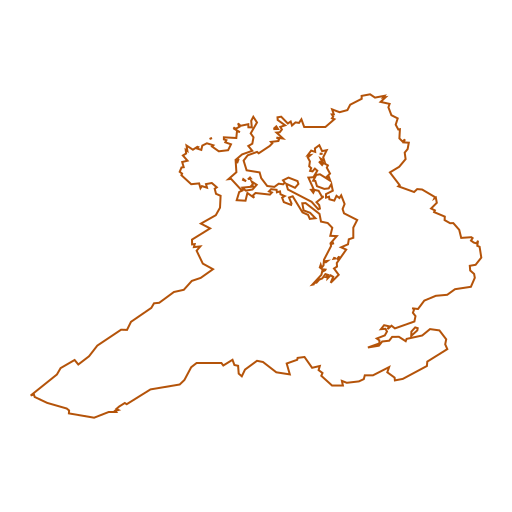 Milford Lea-3, Donegal, Ireland (Equal Earth projection)
{"feature_id": "5873133B66186119395880", "entity_name": "Milford Lea-3", "entity_type": "district", "adm_level": 2, "iso_a3": "IRL", "parent_name": "Ireland", "parent_adm1": "Donegal", "projection": "equal_earth", "projection_center": [-7.731, 55.125], "detail": "fine", "context": "isolated", "style": "outline", "palette": "amber", "viewbox_px": 512, "rotation_deg": 0, "n_neighbors": 0, "source": "geoboundaries", "source_scale": "gbopen_adm2", "svg_char_len": 6120}
<svg xmlns="http://www.w3.org/2000/svg" viewBox="0 0 512 512"><path d="M30.7,395.5L33.9,394.5L34.7,397.0L47.2,402.9L66.7,408.5L69.1,410.5L68.9,413.4L94.1,417.7L108.7,412.0L116.1,412.0L115.2,410.9L118.4,410.0L116.3,409.0L119.2,406.5L124.8,403.0L126.7,404.2L150.5,389.4L179.7,384.5L184.4,380.0L191.2,367.2L196.6,363.0L221.4,363.0L223.3,365.5L232.5,359.8L234.4,365.0L238.1,365.8L238.7,373.6L241.8,376.3L245.0,369.6L257.0,360.8L263.0,362.0L276.3,372.3L289.8,374.4L286.7,363.5L297.2,359.8L297.6,357.9L304.5,357.0L312.1,367.8L319.8,366.0L318.6,370.1L322.5,373.0L321.3,375.8L332.0,385.5L342.9,385.5L341.9,380.9L346.8,382.8L358.9,381.4L363.8,379.1L364.8,375.3L373.0,375.3L389.1,367.1L387.3,372.3L394.6,377.6L394.9,380.4L402.8,378.9L426.9,366.0L427.3,361.6L447.3,349.1L445.2,344.3L446.2,339.3L439.4,330.4L430.0,329.1L422.2,335.5L406.6,338.9L405.7,341.2L398.9,336.8L392.1,336.9L389.2,340.7L382.2,341.5L378.9,345.7L367.9,347.5L379.4,343.4L379.4,340.4L376.8,338.5L384.8,335.4L387.0,331.5L385.4,328.8L380.9,329.2L384.1,325.2L389.0,326.3L387.6,329.1L391.5,325.7L394.9,328.4L414.4,321.5L415.5,316.1L412.9,312.8L414.3,308.9L412.1,308.3L418.0,309.0L424.3,300.6L435.8,295.8L447.2,294.8L455.0,289.2L470.9,286.8L474.8,277.8L474.1,273.9L470.2,270.5L469.8,265.8L475.6,264.8L481.3,257.6L479.6,246.8L477.3,245.8L478.0,240.7L476.6,243.4L473.8,242.6L471.0,240.6L472.6,238.1L471.3,237.2L461.2,237.9L459.2,229.8L453.3,223.1L450.1,223.2L444.6,220.1L444.8,216.6L434.1,212.1L434.9,210.4L431.1,208.5L436.8,202.8L435.8,197.5L434.4,198.4L435.0,197.1L422.1,189.5L417.2,189.1L414.1,192.0L398.3,186.3L399.7,185.2L389.9,172.4L399.2,166.8L405.6,159.1L404.7,152.6L407.6,149.1L408.8,142.7L403.7,142.4L404.9,139.4L402.6,141.6L399.4,138.4L399.9,129.2L398.3,129.5L395.7,124.7L397.7,118.4L391.4,115.2L388.4,107.3L389.6,103.9L380.6,101.9L385.6,97.2L383.1,97.5L384.5,95.8L375.0,97.6L370.1,94.3L361.6,95.9L361.7,98.8L350.2,104.7L347.4,110.1L339.6,112.2L332.1,109.4L333.8,114.3L331.8,114.4L333.2,116.6L332.0,118.3L334.4,119.2L325.4,127.0L304.2,127.0L301.4,119.3L299.0,122.9L295.5,122.4L292.0,125.5L290.7,121.5L287.8,123.5L281.2,116.7L277.5,117.3L277.7,120.0L285.1,125.3L280.3,126.9L281.9,129.5L279.7,132.3L276.5,132.6L283.0,138.5L276.5,137.6L279.1,139.1L278.4,141.0L271.0,141.9L272.3,143.3L269.7,146.0L258.7,153.3L257.1,151.9L247.7,155.3L243.6,160.6L246.6,170.3L259.6,172.4L261.2,178.1L267.2,186.0L274.4,186.9L278.7,183.7L283.2,184.3L284.8,182.7L283.0,180.3L288.5,177.6L297.5,181.1L298.4,183.9L295.0,187.8L286.3,183.8L287.9,189.5L311.6,201.8L318.3,209.3L319.9,208.6L319.2,205.1L316.5,202.2L323.6,196.5L322.0,196.8L318.6,190.8L314.6,189.9L313.3,192.7L311.1,189.8L313.8,189.5L308.4,177.6L313.4,177.2L317.3,170.7L314.9,168.6L312.5,171.4L310.1,170.9L311.2,168.1L309.2,166.3L309.9,161.4L307.8,157.5L310.5,155.1L307.5,155.5L311.2,150.6L315.2,151.9L314.9,148.4L319.3,145.2L322.1,151.1L326.7,150.2L323.2,157.3L324.4,161.0L320.6,158.6L322.2,162.2L327.9,165.4L326.8,167.7L330.0,173.6L326.0,177.5L328.8,176.7L330.3,180.8L320.0,174.3L316.3,174.9L313.2,180.7L315.3,180.9L317.0,186.2L324.3,188.9L328.7,188.4L331.4,184.1L332.8,190.7L326.0,194.1L326.0,197.6L329.0,196.7L329.4,199.3L334.3,200.6L336.5,195.8L339.4,198.0L341.2,195.3L344.6,204.0L342.6,209.0L344.0,213.3L357.2,220.0L353.3,227.6L353.3,237.8L348.8,239.3L348.0,244.3L341.1,247.3L346.2,249.6L336.8,263.0L337.0,266.6L334.0,268.5L338.7,274.8L330.7,282.8L333.2,276.8L330.6,275.3L327.5,278.5L327.8,275.6L327.4,277.0L326.1,277.0L328.0,274.9L325.4,274.1L322.3,278.4L319.3,279.6L316.5,282.7L314.2,282.9L313.7,284.4L312.3,284.7L321.4,274.8L322.6,269.5L319.8,267.4L320.7,264.8L321.6,267.8L323.5,265.4L324.0,259.7L331.1,246.0L330.5,243.3L336.8,236.1L330.3,235.8L332.3,227.8L327.7,223.0L321.0,221.6L319.5,213.9L305.6,203.1L302.3,203.3L303.6,210.4L310.1,212.8L315.4,218.2L309.8,218.9L308.1,214.9L302.5,212.4L292.7,196.3L289.0,197.5L291.5,203.5L291.1,204.9L283.8,202.1L282.1,197.6L284.7,196.1L280.5,194.3L280.0,191.4L276.9,192.3L276.6,189.8L271.1,189.2L269.0,191.4L271.9,192.5L269.9,194.6L255.5,193.0L252.9,195.5L254.1,197.8L247.4,193.0L245.5,200.7L236.7,200.2L239.2,192.0L242.0,190.7L231.1,178.9L228.4,179.2L236.4,172.2L235.6,160.1L237.2,159.9L237.1,163.2L238.4,159.6L236.8,158.9L242.1,154.4L252.3,150.8L248.3,146.0L252.3,143.7L253.5,137.3L250.7,133.4L257.0,122.5L253.3,116.8L251.2,120.8L251.8,127.4L248.4,127.3L248.3,124.2L240.6,125.8L238.0,123.4L239.4,126.8L234.9,129.2L239.9,132.2L237.0,131.0L236.3,138.0L223.9,137.3L223.9,139.4L226.4,140.2L225.3,142.3L231.0,144.3L228.1,150.2L218.8,151.3L212.0,146.5L213.3,145.3L206.9,143.3L202.3,145.6L201.3,149.9L197.0,148.5L198.2,147.1L197.4,146.8L192.9,149.7L186.5,145.5L187.4,151.0L185.7,149.8L186.1,153.5L182.9,155.5L187.5,160.7L182.2,162.0L183.7,167.2L181.5,167.5L179.7,171.8L182.1,173.6L181.4,175.2L191.2,184.2L199.1,183.4L200.5,188.2L201.9,186.1L207.0,187.7L206.0,184.1L211.8,183.0L216.8,187.3L214.7,188.7L216.0,193.8L220.6,195.8L220.0,207.7L215.8,215.2L200.9,223.6L210.1,228.4L192.0,239.6L192.1,244.4L194.7,244.1L193.9,247.1L200.3,246.4L196.6,250.7L202.8,263.6L213.0,269.2L200.7,277.9L191.8,280.9L183.8,289.8L173.9,292.0L159.2,302.8L154.0,303.3L151.3,307.9L131.0,321.8L127.0,329.9L121.1,329.7L97.3,345.6L89.0,356.3L78.3,364.5L74.6,360.0L60.6,368.1L56.9,374.5L30.7,395.5ZM253.9,186.5L242.6,187.6L245.7,190.6L252.5,189.5L256.7,184.8L251.7,181.5L252.9,184.0L251.3,185.8L253.9,186.5ZM415.2,327.4L411.4,331.6L411.2,335.9L417.3,330.4L417.7,328.2L415.2,327.4ZM319.0,161.6L322.1,165.0L323.3,163.3L319.0,161.6ZM276.3,126.4L274.2,128.3L274.3,129.1L278.0,129.0L276.3,126.4ZM246.1,181.2L243.3,179.1L243.0,179.9L246.1,181.2ZM338.7,257.0L336.7,259.5L339.0,257.1L338.7,257.0ZM323.7,271.0L325.2,270.2L325.5,269.6L324.1,269.4L323.7,271.0ZM250.9,178.6L250.0,177.5L248.6,178.8L248.8,179.0L250.9,178.6ZM210.9,138.3L209.6,139.0L212.0,138.1L210.9,138.3ZM334.1,257.9L333.6,258.8L335.9,258.4L334.1,257.9ZM320.4,153.9L322.6,153.8L319.8,153.6L320.4,153.9ZM327.6,260.9L325.7,261.1L324.9,262.2L325.8,262.3L327.6,260.9ZM235.1,128.3L233.5,127.5L234.4,128.7L235.1,128.3ZM331.6,244.0L333.1,243.5L332.9,242.9L331.6,244.0ZM243.2,189.5L243.1,189.1L241.4,189.2L243.2,189.5Z" fill="none" stroke="#b45309" stroke-width="2"/></svg>